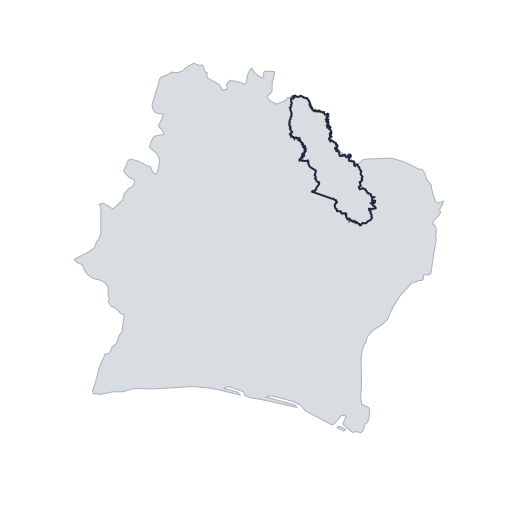 Tchologo, Savanes, Ivory Coast (highlighted), rotated 18°
{"feature_id": "98640826B18937667882346", "entity_name": "Tchologo", "entity_type": "district", "adm_level": 2, "iso_a3": "CIV", "parent_name": "Ivory Coast", "parent_adm1": "Savanes", "projection": "mercator", "projection_center": [-4.919, 9.548], "detail": "fine", "context": "in_parent", "style": "outline", "palette": "slate", "viewbox_px": 512, "rotation_deg": 18, "n_neighbors": 0, "source": "geoboundaries", "source_scale": "gbopen_adm2", "svg_char_len": 9624}
<svg xmlns="http://www.w3.org/2000/svg" viewBox="0 0 512 512"><g transform="rotate(18 256 256)"><path d="M118.8,107.1L120.5,107.0L124.8,105.7L128.8,102.8L132.4,96.8L137.4,91.9L143.0,92.3L144.6,91.4L146.6,91.2L148.9,94.4L151.3,96.8L152.9,96.9L154.2,101.5L164.3,103.5L168.7,104.7L172.4,108.1L173.7,108.2L175.2,107.5L176.4,106.3L176.7,105.0L175.1,102.0L175.8,99.2L177.4,96.8L180.0,96.6L184.0,95.9L188.5,95.9L191.9,96.4L193.2,93.9L192.0,87.1L192.3,83.3L192.8,80.1L194.1,78.8L199.1,82.8L203.7,84.2L207.1,84.4L208.0,83.6L206.6,79.2L206.9,77.9L208.2,77.1L210.3,76.7L216.2,74.9L216.8,75.3L217.9,82.2L217.4,84.4L218.7,89.1L220.2,93.5L220.1,95.2L218.8,97.9L217.3,100.4L217.5,101.4L219.8,103.1L224.3,104.8L229.0,105.2L231.6,102.7L234.3,100.6L236.1,98.8L236.8,96.1L239.7,94.1L248.1,91.6L255.9,91.2L257.8,92.0L261.3,95.8L265.7,98.4L272.5,98.1L277.4,99.6L281.6,102.5L284.5,109.0L287.6,113.7L288.9,120.4L293.8,123.9L297.7,125.4L302.9,130.3L308.3,132.7L313.9,132.2L316.5,134.7L320.7,136.5L324.8,136.6L328.5,131.0L333.3,128.8L345.6,124.4L350.4,122.4L355.3,121.1L367.1,120.7L378.1,122.1L383.5,123.1L387.3,122.3L390.8,125.0L394.5,130.5L397.5,132.3L400.5,134.2L402.8,138.6L405.4,143.0L406.9,144.9L410.2,149.2L413.0,149.2L415.8,147.4L417.0,146.0L417.5,148.8L416.4,153.4L416.7,156.2L418.2,157.3L417.4,161.0L414.1,167.2L414.1,170.9L417.3,172.0L419.6,175.9L421.0,182.6L422.4,184.8L422.5,186.2L424.8,202.3L427.7,218.5L425.9,220.6L423.4,221.2L421.7,222.0L421.3,223.5L422.3,225.7L421.6,227.7L418.5,229.1L411.7,234.3L411.2,236.3L409.4,240.7L407.9,243.4L405.7,248.3L402.2,261.4L400.9,272.2L400.7,275.6L399.3,277.9L397.7,281.3L390.3,290.5L386.6,298.1L387.1,301.4L387.2,304.7L386.1,307.1L386.3,313.5L387.2,318.9L388.6,324.1L393.9,339.0L396.7,348.0L398.4,355.3L400.0,360.2L401.4,362.2L402.0,364.1L409.9,365.4L411.5,366.5L413.7,376.0L413.3,380.3L411.7,381.9L411.8,385.5L411.4,390.0L410.2,391.8L405.8,392.0L402.8,393.7L398.8,393.0L398.4,391.9L396.3,391.5L390.4,389.0L391.3,380.7L388.6,380.4L386.5,381.5L382.3,391.3L380.3,393.1L350.8,388.0L344.4,383.9L336.8,382.9L323.4,383.4L312.4,384.6L309.3,387.1L337.1,385.6L340.1,385.9L341.5,387.4L306.3,390.7L292.9,392.6L288.9,392.1L285.9,388.9L271.3,388.6L268.3,389.6L266.5,391.9L272.3,391.4L281.3,391.3L283.8,393.1L255.4,395.4L235.8,399.8L227.4,403.1L200.0,413.9L183.3,419.0L179.0,420.9L171.4,426.2L161.6,429.5L150.6,435.7L143.9,437.1L142.4,435.1L142.3,424.6L141.3,410.5L141.7,405.1L142.6,400.1L142.6,395.9L145.9,394.3L146.8,392.5L147.3,387.1L150.4,382.1L150.5,373.4L151.4,371.6L152.1,369.3L150.8,363.6L149.0,352.9L148.2,352.1L147.4,352.6L145.7,352.8L138.8,349.1L133.5,348.5L129.8,345.3L129.5,341.7L127.7,339.5L126.4,335.4L124.6,330.6L119.3,327.7L114.4,327.0L110.9,327.6L106.8,327.4L102.1,325.8L98.9,324.0L95.8,320.5L93.0,317.7L90.7,318.0L87.9,317.4L85.2,316.1L84.3,315.1L95.7,303.9L99.6,298.4L100.0,295.1L100.0,291.7L101.3,288.3L101.6,283.0L95.3,263.8L93.7,257.9L92.0,256.1L90.9,255.5L94.1,253.0L98.5,253.7L105.2,255.6L106.7,253.7L111.8,244.0L111.7,240.4L111.2,237.9L114.1,231.3L116.5,228.7L117.7,225.9L117.4,222.2L115.6,220.7L113.2,221.0L110.4,220.1L106.1,217.9L103.9,216.0L104.6,207.2L105.0,204.5L106.5,202.9L108.9,202.5L115.5,202.2L120.9,203.2L125.7,203.8L128.2,203.8L130.3,206.4L133.0,209.0L135.4,209.0L136.3,207.0L135.7,198.4L134.1,193.8L130.5,189.4L121.1,185.6L120.8,180.3L121.8,174.6L123.8,172.5L130.8,168.8L129.6,166.9L127.3,164.8L122.9,162.7L123.9,155.8L124.1,149.7L120.4,150.4L116.6,150.8L113.3,148.9L110.6,145.2L110.1,134.9L110.1,123.1L109.6,117.9L110.6,115.1L113.9,112.5L117.5,109.2L118.8,107.1ZM395.0,393.2L393.4,395.4L386.0,394.0L387.8,392.1L395.0,393.2Z" fill="#d9dde1" stroke="#a8b0b8" stroke-width="1"/><path d="M326.3,139.5L326.0,139.6L325.1,138.8L324.8,138.1L324.0,137.9L322.8,138.3L322.6,139.7L321.7,139.6L320.9,138.5L320.6,136.6L319.6,135.8L318.1,136.4L316.3,136.4L315.5,136.7L315.0,136.6L314.5,135.6L314.4,133.7L314.5,133.2L315.3,132.5L315.4,131.9L315.1,131.1L314.5,130.6L313.1,130.8L312.7,131.0L312.6,131.7L313.1,132.7L312.0,134.1L310.9,134.0L310.3,133.1L309.2,132.3L308.6,133.4L307.3,132.9L307.0,133.2L306.7,134.4L304.9,134.9L304.1,134.1L303.2,132.2L302.5,131.4L302.3,130.8L300.9,130.3L300.5,130.7L300.7,131.3L300.1,131.4L299.8,131.2L299.8,130.6L299.2,130.2L299.0,129.5L298.3,129.5L297.9,129.2L298.0,128.6L299.4,129.1L299.6,129.0L299.2,128.1L299.1,126.9L299.6,126.2L298.7,125.3L297.6,125.3L297.2,124.0L293.9,123.3L292.5,122.6L291.7,123.0L291.3,123.9L290.8,123.3L289.8,122.8L289.2,121.9L289.4,121.3L290.0,120.8L289.6,119.6L290.5,119.6L290.9,119.2L290.0,118.6L289.7,117.8L288.8,117.6L288.4,117.2L288.3,116.8L288.7,116.0L288.9,115.9L289.5,116.7L289.8,116.3L289.1,114.2L287.6,112.8L286.3,112.5L286.3,111.9L287.1,110.7L286.9,110.4L285.7,111.0L285.1,111.7L284.5,111.5L284.1,111.7L284.0,111.3L284.7,110.9L285.0,110.4L284.1,110.5L283.1,110.2L283.2,109.4L283.9,109.3L284.6,109.8L285.0,109.7L285.0,109.2L284.8,108.9L283.3,108.5L283.2,107.7L283.8,106.5L283.6,106.2L283.2,106.1L281.9,106.7L281.4,106.4L281.5,106.1L282.2,106.0L282.5,105.7L282.6,103.8L282.2,103.8L280.7,104.9L280.3,104.7L281.2,103.0L281.0,102.7L280.4,102.5L280.3,102.0L281.7,101.0L281.4,100.6L280.7,100.6L280.4,100.4L281.0,99.4L280.9,98.9L280.3,99.3L279.8,98.8L278.9,99.9L277.9,100.2L276.9,99.4L276.0,98.9L276.3,98.4L276.2,98.2L275.1,98.9L274.3,98.5L273.5,98.6L272.9,98.9L272.4,98.6L271.7,98.9L270.9,98.2L270.5,98.5L270.6,99.2L270.1,99.2L268.9,99.9L267.5,99.2L267.1,100.2L266.6,100.3L266.2,99.8L265.2,99.8L264.2,99.2L263.5,98.0L263.0,98.3L262.6,98.1L262.4,97.0L261.7,97.1L261.2,96.8L261.4,96.0L261.1,95.3L260.8,94.9L260.1,95.2L259.7,93.4L258.9,92.6L258.5,92.6L258.4,92.1L257.6,91.3L256.3,90.6L255.7,90.0L254.5,90.5L253.3,90.3L252.7,90.5L251.7,90.1L250.8,90.2L250.2,89.8L249.1,89.9L248.5,90.2L247.1,91.7L245.1,91.9L243.7,91.3L241.8,92.7L243.3,93.3L243.0,94.6L240.9,95.2L240.7,95.6L241.8,98.0L241.7,98.6L242.8,99.5L242.9,100.0L242.6,101.7L243.2,102.3L243.2,103.2L242.3,104.5L243.2,105.2L243.6,106.5L245.9,109.3L245.7,110.3L246.4,111.2L246.6,112.1L246.0,113.3L246.5,115.3L246.0,116.5L246.5,117.9L246.4,118.5L246.9,118.8L246.9,119.9L247.1,120.3L246.9,120.5L247.2,121.3L247.9,122.0L248.9,122.3L249.0,122.8L248.6,123.5L248.6,123.9L249.0,124.3L249.6,124.4L249.9,125.6L251.9,126.7L251.7,126.9L251.9,127.3L251.6,128.3L250.9,128.8L250.5,129.5L250.8,129.8L251.3,129.7L251.3,130.2L251.5,130.4L252.0,130.1L252.4,130.3L252.7,131.5L253.2,131.0L254.8,131.7L255.0,131.2L255.7,131.0L255.3,131.3L255.3,131.6L256.1,132.4L256.1,131.7L255.7,131.4L256.3,131.7L256.7,131.4L257.0,131.6L257.8,131.0L258.0,131.3L257.7,131.4L258.2,131.6L258.5,131.0L259.2,131.3L260.8,130.4L261.1,131.2L260.9,131.7L261.3,131.9L261.5,131.6L261.9,131.8L261.8,132.1L261.0,132.0L260.8,132.7L261.9,132.6L262.5,133.3L263.5,133.2L264.1,134.0L265.3,134.3L265.1,135.3L266.2,135.2L266.6,135.7L266.5,136.8L267.2,136.8L267.5,136.4L267.8,136.7L267.6,137.8L268.0,137.8L268.9,136.8L269.0,137.0L268.4,137.6L268.4,138.1L269.3,138.3L269.3,138.6L269.1,138.5L268.9,139.0L269.2,139.4L270.3,139.3L270.0,140.1L270.7,140.8L269.9,141.3L270.4,141.7L269.9,142.4L270.2,142.9L270.1,144.2L269.6,144.7L268.6,144.3L268.5,144.6L269.2,145.9L270.2,145.3L270.7,145.4L270.8,145.8L270.7,146.1L269.9,146.1L268.9,146.7L269.0,146.9L269.7,147.1L269.9,148.1L269.5,148.5L268.7,148.3L268.5,148.6L268.7,149.5L268.1,150.0L268.4,150.3L267.6,151.1L267.9,151.6L268.2,151.1L269.1,150.9L270.4,151.3L271.3,150.7L271.5,150.9L273.3,150.5L274.8,149.9L275.4,150.0L275.7,149.1L275.9,149.1L276.5,149.9L277.2,152.0L279.3,154.3L280.8,154.9L286.3,156.2L286.9,157.3L286.7,160.8L287.4,161.1L288.0,162.0L288.5,162.4L288.1,164.0L289.3,164.5L290.5,166.1L290.9,166.0L292.6,166.9L293.1,166.5L293.7,167.4L293.6,168.9L292.4,172.3L292.3,173.8L292.6,174.1L292.1,174.7L292.0,175.6L291.4,175.9L291.2,176.3L291.3,176.5L290.8,176.7L290.3,177.3L290.1,176.9L289.6,176.8L289.4,177.5L309.3,178.0L311.3,178.0L312.1,177.6L312.5,178.0L313.6,178.4L314.7,178.2L315.5,179.2L315.6,180.1L316.3,179.9L316.3,180.1L315.5,181.9L315.0,182.6L315.0,183.1L316.1,185.2L317.3,186.5L318.3,186.6L319.1,188.2L319.7,187.9L320.9,187.9L323.0,187.4L323.8,188.8L324.3,189.1L324.6,188.8L325.3,188.9L325.7,188.4L327.0,188.3L327.6,187.8L328.0,188.2L328.4,187.8L328.8,188.1L328.6,188.7L329.0,189.1L329.1,189.4L328.8,189.5L329.0,189.8L329.5,189.9L329.7,190.9L330.4,191.8L331.1,192.1L331.7,192.9L332.3,192.8L332.5,192.0L332.9,192.0L332.7,191.7L333.0,191.5L334.5,192.4L334.5,193.1L335.0,192.4L337.2,193.5L337.5,193.4L337.6,192.8L338.3,193.3L338.8,192.9L339.4,193.2L339.4,192.4L340.1,192.7L340.2,193.1L340.7,193.1L341.0,193.5L341.6,192.8L343.5,193.6L344.4,193.6L344.7,193.8L344.6,194.2L345.0,194.4L345.2,194.5L345.3,194.2L346.0,194.4L346.5,193.8L346.8,192.2L347.5,191.5L348.4,191.6L349.8,190.9L351.3,190.9L350.7,190.6L351.3,188.9L354.2,185.8L354.5,183.4L353.5,183.0L353.3,181.3L352.7,180.5L351.7,180.1L351.6,179.0L351.2,178.3L349.6,177.7L348.9,176.2L350.2,175.7L351.4,176.1L352.4,174.9L353.2,174.8L353.8,174.3L354.8,173.9L355.1,173.4L354.8,173.0L353.9,172.3L351.8,171.9L350.7,170.6L350.1,170.7L349.1,170.2L350.0,169.7L350.0,168.3L350.4,167.8L350.7,167.7L351.2,167.9L352.0,169.1L352.4,168.5L352.4,166.9L352.1,166.6L351.2,166.7L351.0,167.1L350.5,167.4L349.9,167.4L349.0,167.1L348.7,165.3L350.1,163.6L347.3,163.8L346.4,162.8L346.3,162.0L346.0,161.7L344.3,161.7L343.9,161.9L343.5,161.8L343.5,161.5L342.9,161.2L342.1,161.4L340.9,159.9L339.9,159.6L339.5,158.8L338.9,158.7L338.2,158.9L336.6,158.5L334.1,160.4L332.6,159.1L332.5,158.6L332.7,158.0L334.0,157.0L331.8,153.7L333.1,152.7L333.1,151.7L333.5,151.1L333.4,150.4L332.8,150.3L332.5,149.8L332.8,147.7L330.5,146.2L329.9,144.8L330.0,142.9L329.2,142.6L328.7,141.9L328.0,141.7L326.7,139.8L326.3,139.5Z" fill="none" stroke="#1e293b" stroke-width="2"/></g></svg>